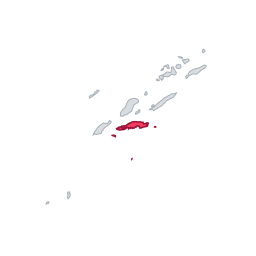 Solomon Islands, with Malaita highlighted, rotated 113°
{"feature_id": "SLB-1260", "entity_name": "Malaita", "entity_type": "Province", "adm_level": 1, "iso_a3": "SLB", "parent_name": "Solomon Islands", "parent_adm1": "", "projection": "orthographic", "projection_center": [161.217, -8.863], "detail": "fine", "context": "in_parent", "style": "filled", "palette": "rose", "viewbox_px": 256, "rotation_deg": 113, "n_neighbors": 0, "source": "natural_earth", "source_scale": "10m", "svg_char_len": 6356}
<svg xmlns="http://www.w3.org/2000/svg" viewBox="0 0 256 256"><g transform="rotate(113 128 128)"><path d="M100.4,128.7L104.4,131.7L106.2,131.4L111.4,131.4L114.5,133.6L116.4,134.5L117.4,136.4L118.7,136.8L119.4,137.8L119.9,139.6L118.0,140.5L116.8,140.8L113.8,140.2L110.8,138.8L105.1,138.7L102.4,138.3L101.4,137.8L100.6,137.1L99.2,135.5L98.1,133.5L97.9,132.4L97.8,130.2L98.2,129.5L99.3,128.7L100.4,128.7ZM118.6,111.0L123.1,116.5L122.9,117.5L122.3,118.1L122.1,120.0L122.7,120.7L124.0,121.0L126.0,123.0L127.0,126.1L127.8,127.2L127.9,129.5L129.9,132.7L130.0,134.2L129.8,134.9L129.0,134.5L126.6,130.9L123.9,129.3L123.6,128.7L120.9,126.6L119.0,123.0L117.0,116.7L117.9,115.2L115.7,112.1L115.8,111.3L117.4,111.4L117.7,111.1L118.6,111.0ZM102.2,113.8L102.8,115.5L100.3,114.0L98.4,112.1L93.1,110.1L92.0,109.1L91.0,108.9L88.3,107.2L85.6,106.1L83.6,104.0L82.6,103.7L80.9,102.0L79.3,101.0L78.7,99.0L77.1,97.6L76.7,97.0L81.8,98.1L84.1,100.2L86.1,101.5L86.8,102.4L88.6,103.6L90.3,103.7L91.9,104.9L93.4,105.2L94.5,105.8L102.1,111.3L101.2,112.8L102.2,113.8ZM136.1,149.2L138.4,150.3L139.8,150.1L141.7,150.9L143.2,150.5L144.1,151.4L146.5,155.2L146.5,156.4L148.0,157.3L146.7,157.5L144.9,157.0L143.5,157.3L142.1,156.6L139.6,156.2L137.4,155.3L132.9,152.5L133.0,151.1L132.2,150.5L132.0,148.8L130.4,148.2L128.5,148.1L128.4,147.3L128.7,145.9L130.1,145.9L131.8,146.5L136.1,149.2ZM59.0,93.2L59.6,93.9L58.2,95.0L56.3,94.4L55.8,93.5L54.5,93.7L51.9,93.2L48.3,90.6L44.5,85.7L40.8,83.0L40.1,82.1L40.0,80.7L40.5,80.1L42.7,80.7L45.7,82.9L50.6,85.2L51.9,86.4L52.8,89.3L53.6,90.2L56.2,92.3L59.0,93.2ZM64.2,110.0L65.3,111.5L66.6,114.8L66.4,116.0L65.5,116.1L65.2,116.8L63.9,115.2L62.2,114.7L61.0,113.8L60.4,110.5L59.4,110.3L56.7,110.7L55.8,111.7L54.5,111.4L54.2,110.5L54.4,109.5L56.1,108.6L56.4,107.4L58.1,105.3L59.1,104.9L61.1,105.7L61.4,108.6L62.1,109.5L64.2,110.0ZM115.6,175.2L114.3,175.9L113.1,175.5L112.3,175.1L111.6,173.6L110.0,172.8L107.8,172.4L106.7,171.5L105.2,171.2L104.8,170.5L104.9,169.7L105.1,169.2L106.5,169.6L113.2,173.3L115.6,175.2ZM44.5,104.3L44.2,104.6L43.5,103.6L43.1,103.3L43.1,102.2L41.2,100.4L41.1,99.1L42.1,97.9L43.6,98.6L45.0,100.1L46.7,100.6L46.3,101.6L44.9,103.5L44.5,104.3ZM53.7,107.1L53.0,107.9L51.0,107.8L49.5,105.9L49.4,104.5L50.6,103.2L52.1,103.0L52.8,103.5L53.6,104.5L53.9,105.9L53.7,107.1ZM70.5,118.1L68.7,119.5L67.4,119.1L66.3,117.8L66.9,115.9L67.9,115.5L68.5,114.8L70.4,115.4L70.9,115.7L69.8,116.7L70.4,117.4L70.5,118.1ZM216.0,156.6L213.0,157.0L211.9,158.3L210.3,158.2L209.8,157.1L209.8,156.5L210.7,156.6L211.1,155.6L212.0,155.1L214.1,154.8L216.6,155.5L216.0,156.4L216.0,156.6ZM133.1,135.2L133.2,137.8L131.9,136.4L131.2,136.9L130.6,136.2L130.7,133.1L129.8,130.2L130.6,130.5L133.1,135.2ZM57.4,118.7L57.4,119.0L56.4,118.5L54.2,116.0L54.6,115.2L56.6,113.6L57.2,113.3L57.8,114.3L57.3,115.8L56.6,116.2L56.4,117.6L57.4,118.7ZM108.0,123.6L109.6,123.8L112.4,126.3L111.7,127.0L110.4,126.6L110.0,126.8L109.6,126.0L108.2,125.2L106.9,125.2L106.7,124.3L108.0,123.6ZM90.2,126.0L88.1,125.8L87.4,125.2L88.2,124.2L89.1,123.6L90.0,124.2L90.9,124.3L91.0,125.5L90.2,126.0ZM28.9,89.3L27.1,89.8L25.9,89.2L26.4,87.8L27.0,87.0L29.3,88.3L28.9,89.3ZM99.2,114.6L98.4,114.9L97.1,114.2L96.5,113.6L96.8,112.7L97.5,112.3L98.4,112.9L98.5,113.6L99.2,114.6ZM230.1,173.6L228.5,173.8L227.8,173.7L226.8,172.1L227.6,171.8L228.8,171.9L229.1,172.9L230.1,173.6ZM62.1,119.5L62.1,120.2L61.0,120.0L58.7,119.0L58.6,118.6L59.9,118.4L60.9,118.5L62.1,119.5ZM43.2,107.5L42.8,109.4L41.8,107.1L42.0,105.2L42.4,105.0L43.2,107.5ZM73.2,120.1L71.8,120.7L71.4,119.9L72.3,117.9L73.2,120.1Z" fill="#d9dde1" stroke="#a8b0b8" stroke-width="1"/><path d="M129.7,135.0L128.8,134.4L128.6,134.4L128.6,134.1L128.4,133.8L127.7,132.8L127.6,132.7L127.5,132.1L127.5,131.9L127.3,131.6L126.4,130.7L125.2,130.1L124.7,129.6L123.9,129.4L124.0,129.1L123.5,128.5L123.2,128.4L122.8,128.4L122.7,128.3L122.6,128.2L122.6,127.9L122.6,127.7L122.2,127.3L121.2,126.9L120.8,126.5L119.4,124.0L119.1,123.1L118.9,122.7L119.0,122.5L119.0,122.4L118.9,122.2L118.9,121.9L118.6,121.0L118.3,120.6L117.6,119.1L117.5,118.8L117.5,117.8L117.5,117.7L116.9,116.4L117.2,116.2L117.7,115.7L118.1,115.6L118.1,115.4L117.6,114.5L116.9,113.5L116.8,113.3L116.6,113.2L115.9,112.6L115.7,112.3L115.5,111.5L115.9,111.2L116.6,111.3L117.2,111.6L117.6,111.9L117.7,112.0L117.9,111.9L118.1,111.8L118.2,111.7L117.6,111.1L117.8,110.9L118.1,110.8L118.5,110.9L118.8,111.1L119.1,111.6L119.3,111.7L119.5,111.8L119.7,112.0L119.9,112.3L119.9,112.6L120.0,112.7L120.0,112.9L120.0,113.0L120.3,113.1L121.0,114.2L121.9,115.2L122.7,115.8L123.1,116.4L123.3,116.7L123.4,117.1L123.2,117.4L122.9,117.7L122.5,117.8L122.1,118.0L122.3,118.5L122.0,119.2L122.0,119.5L122.1,120.0L122.5,120.5L122.7,120.9L123.0,120.9L123.4,120.7L123.6,120.7L124.1,121.1L124.2,121.3L124.2,121.5L124.2,121.8L124.4,121.9L124.5,121.9L125.0,122.0L125.5,122.3L125.9,122.7L126.2,123.2L125.8,123.2L125.8,123.5L126.1,123.6L126.3,123.9L126.5,124.2L126.4,124.5L126.5,124.5L126.6,124.8L126.6,125.0L126.9,125.2L127.0,125.3L127.2,125.5L127.3,125.6L127.4,125.8L126.8,126.2L127.2,126.4L127.3,126.5L127.6,126.5L127.8,126.6L127.9,127.0L128.0,127.0L128.3,127.1L127.9,127.3L127.7,127.3L127.6,127.7L127.7,127.9L127.8,128.0L128.0,128.8L128.2,129.0L127.9,129.0L127.8,128.8L127.6,128.7L127.4,128.8L127.5,129.0L127.6,129.3L128.4,130.0L128.6,130.3L129.1,131.7L129.3,131.9L129.5,132.1L129.7,132.4L130.1,133.0L130.3,134.5L130.3,134.9L130.2,135.1L129.7,135.0ZM130.3,131.3L130.1,131.4L130.0,131.0L129.9,130.7L129.5,130.0L129.6,129.9L129.8,130.1L130.1,130.4L130.7,130.8L130.8,131.0L131.5,132.0L131.9,133.0L132.1,133.2L132.2,133.4L132.4,133.8L132.5,134.0L132.8,134.4L133.1,134.8L133.2,135.1L133.2,135.5L133.2,136.1L133.3,136.4L133.5,137.0L133.6,137.5L133.5,137.9L133.3,138.2L133.1,138.3L133.1,137.9L132.3,137.1L132.2,136.6L132.0,136.4L131.8,136.3L131.6,136.4L131.5,136.9L131.3,137.2L131.0,136.9L130.7,136.5L130.4,136.0L130.3,135.6L130.3,134.5L130.3,133.4L130.3,133.0L130.3,132.8L130.6,132.2L130.4,131.7L130.3,131.3ZM140.9,139.4L140.7,139.1L140.4,138.7L140.2,138.2L140.0,136.9L140.1,136.7L140.3,136.4L140.5,136.4L140.9,136.3L140.9,136.5L140.8,136.8L140.7,136.9L140.7,137.0L140.8,137.2L141.0,138.7L141.0,139.0L140.9,139.4ZM116.5,103.2L116.7,103.9L116.4,103.9L116.1,103.4L116.0,103.2L116.3,102.9L116.4,103.0L116.5,103.2ZM154.9,112.4L154.7,112.3L154.8,112.2L155.0,112.2L155.2,112.3L154.9,112.4Z" fill="#f43f5e" stroke="#9f1239" stroke-width="1.5"/></g></svg>